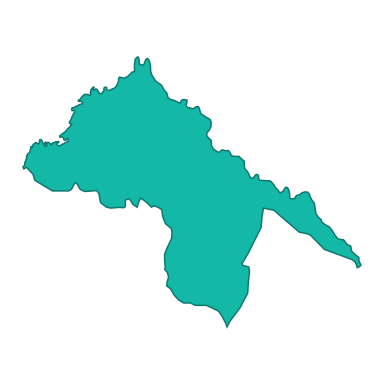 Tres Islas, Cerro Largo, Uruguay
{"feature_id": "84410073B15604045088045", "entity_name": "Tres Islas", "entity_type": "district", "adm_level": 2, "iso_a3": "URY", "parent_name": "Uruguay", "parent_adm1": "Cerro Largo", "projection": "robinson", "projection_center": [-54.84, -32.439], "detail": "fine", "context": "isolated", "style": "filled", "palette": "teal", "viewbox_px": 384, "rotation_deg": 0, "n_neighbors": 0, "source": "geoboundaries", "source_scale": "gbopen_adm2", "svg_char_len": 5732}
<svg xmlns="http://www.w3.org/2000/svg" viewBox="0 0 384 384"><path d="M164.8,269.4L167.3,272.5L168.6,277.0L167.3,281.2L166.7,286.0L170.6,288.8L174.2,295.2L178.5,299.8L183.6,303.0L190.6,303.0L195.0,305.3L206.5,305.4L211.5,307.7L218.5,311.2L221.4,315.1L225.7,323.1L227.0,326.9L230.1,321.0L240.0,307.8L247.7,293.1L248.2,284.4L249.5,271.2L248.7,266.9L245.6,266.2L242.7,265.2L242.1,263.5L248.4,252.9L261.0,227.7L261.9,218.2L263.4,208.1L274.0,210.3L281.0,216.5L299.3,232.2L306.4,233.5L310.4,235.1L324.4,249.4L352.3,259.7L355.0,261.9L356.3,264.5L357.3,267.7L359.0,267.0L361.0,265.1L359.0,261.2L358.8,257.5L354.2,253.7L351.5,251.1L350.8,246.1L347.2,244.5L343.6,239.8L341.1,239.6L337.6,238.7L335.1,235.3L331.7,229.8L329.0,226.7L325.0,224.6L321.9,222.2L321.1,219.7L318.3,217.2L315.9,213.6L314.4,203.3L312.2,200.5L310.7,197.9L309.4,194.1L307.8,192.2L305.0,191.9L302.1,192.7L299.4,194.8L296.7,195.4L295.6,196.5L294.8,198.5L291.7,199.0L289.6,197.7L289.6,193.0L288.4,189.1L287.4,187.6L285.9,187.2L284.5,188.5L283.6,190.7L281.1,192.6L279.5,192.5L277.9,190.0L275.8,188.0L273.8,184.7L271.3,181.8L269.6,180.8L265.6,180.7L259.5,180.2L258.9,179.2L258.6,177.3L258.3,175.2L257.0,174.4L256.1,174.6L255.2,175.3L254.3,176.6L253.7,177.8L251.7,178.3L250.6,177.9L249.1,174.8L247.5,171.7L244.6,168.3L244.3,164.6L244.2,161.2L241.4,158.8L238.7,156.2L237.3,156.5L232.5,156.1L230.9,154.8L229.7,151.9L228.3,150.6L225.3,150.6L222.1,149.8L219.0,152.4L217.0,151.6L213.3,148.8L211.6,146.0L211.1,140.2L208.8,138.4L206.6,135.4L207.0,132.8L209.4,129.9L210.9,126.8L211.2,122.3L210.1,119.5L205.6,116.8L200.7,113.6L199.3,108.3L198.1,106.5L196.3,106.7L193.0,108.8L187.7,107.4L185.9,105.7L186.6,103.3L187.1,100.2L185.1,99.8L183.1,99.6L181.5,100.3L180.3,102.9L178.6,102.6L175.1,100.8L170.1,99.2L168.0,97.6L166.8,93.0L164.1,89.9L161.3,85.0L155.8,81.2L152.0,75.4L150.6,70.9L150.5,65.1L149.0,60.0L147.5,58.5L145.9,59.3L143.7,64.9L141.5,65.0L139.2,63.8L139.2,59.9L138.3,57.1L137.0,57.2L135.3,59.1L134.4,64.5L134.5,71.7L132.2,72.0L127.8,76.4L123.9,78.3L119.6,77.1L119.0,77.8L118.5,79.2L118.6,80.1L118.5,81.1L117.6,83.5L116.1,86.6L114.6,88.0L111.9,89.1L110.0,90.1L109.0,90.4L108.5,90.4L107.8,90.3L107.3,90.1L106.8,89.5L106.6,88.8L106.7,87.8L106.4,87.5L105.8,87.1L105.3,87.2L104.6,87.5L104.1,87.9L103.9,88.3L103.8,88.7L104.1,90.4L102.6,92.1L102.1,93.2L101.7,93.5L101.2,93.7L100.6,93.7L100.1,93.6L99.5,93.2L98.2,91.3L97.7,90.9L97.5,90.2L96.9,89.4L96.5,89.1L96.1,89.0L95.7,89.0L95.2,89.2L93.8,90.2L93.4,90.1L93.2,89.9L93.0,89.5L93.0,89.1L93.3,88.7L93.4,88.3L94.0,87.8L94.1,87.6L94.0,87.3L93.7,87.1L93.4,87.1L93.0,87.3L92.7,87.7L92.4,88.0L90.9,89.7L90.8,90.2L90.8,91.0L90.7,91.6L90.4,92.3L90.3,92.6L90.7,94.1L90.8,94.6L90.6,94.9L90.2,95.1L89.7,95.3L89.3,95.3L88.7,94.9L88.2,94.5L87.2,94.4L86.6,94.6L85.8,94.3L84.1,94.6L81.2,97.6L80.2,99.2L78.6,100.1L78.4,100.5L78.2,100.8L78.3,101.0L78.7,101.3L79.6,101.4L80.8,101.3L81.2,101.4L82.5,102.5L82.7,102.9L82.6,103.1L82.3,103.6L81.9,103.9L80.1,104.4L76.7,106.1L76.5,106.4L76.3,106.5L75.7,106.4L75.4,106.7L75.2,107.1L74.8,107.4L73.5,107.7L72.9,107.6L72.4,107.6L72.2,107.8L71.7,108.8L71.7,110.0L71.9,110.5L72.2,110.7L73.1,110.5L73.9,110.6L74.3,110.9L74.6,111.5L74.6,112.1L74.4,112.7L73.4,113.9L72.4,116.2L71.8,117.0L71.4,118.8L69.5,122.0L69.4,122.3L69.5,123.2L69.8,123.5L70.9,123.8L71.6,123.8L71.8,124.1L71.7,124.4L71.4,124.8L70.3,125.9L69.7,127.2L68.5,128.0L66.9,129.7L65.5,131.5L64.0,132.7L62.3,133.8L59.8,135.9L59.6,136.3L59.6,136.7L59.8,137.0L60.6,137.2L61.3,137.0L61.8,136.9L62.3,137.0L63.0,137.4L63.7,138.0L63.7,139.6L64.1,139.9L64.6,140.1L65.1,140.2L65.6,140.2L66.0,140.0L66.3,139.8L67.2,138.3L67.4,138.2L67.5,138.2L67.7,138.4L68.0,138.8L68.3,139.6L68.3,140.3L67.6,141.8L67.3,142.0L66.6,142.0L65.9,142.4L65.3,142.6L64.8,142.8L63.8,143.7L62.3,144.2L61.4,144.8L60.8,145.3L60.2,145.5L59.3,145.6L58.4,145.6L57.7,145.4L57.3,145.1L57.0,144.6L56.9,144.1L57.0,143.4L57.2,143.2L57.7,142.9L58.3,142.7L58.6,142.4L58.8,142.2L58.8,141.8L58.5,141.6L58.2,141.5L57.2,141.7L56.1,141.6L55.7,141.7L55.3,142.0L54.4,142.6L54.0,142.7L53.2,142.7L52.6,142.9L52.3,143.1L51.7,144.0L51.7,144.8L51.5,145.0L51.3,145.0L51.0,144.9L50.7,144.7L50.4,144.0L49.7,143.2L48.4,142.4L48.0,142.3L47.5,142.5L47.3,142.6L47.2,143.0L46.7,143.4L46.4,143.4L46.1,143.1L45.9,142.8L45.9,142.3L45.7,142.2L45.3,142.2L45.0,142.4L44.9,142.7L44.8,143.2L44.9,143.5L45.3,143.7L46.8,145.3L46.8,145.7L46.7,146.0L45.8,146.2L45.2,146.3L44.7,146.1L44.4,145.9L44.4,145.5L44.4,144.7L43.7,144.0L42.9,143.1L42.4,141.8L42.3,141.3L41.8,140.6L41.0,139.7L40.6,139.5L40.2,139.5L39.9,139.7L39.6,140.2L39.6,140.7L39.7,141.1L39.7,141.4L39.3,142.0L39.0,143.4L38.8,143.7L38.6,143.8L38.3,143.9L37.8,143.7L37.2,143.4L36.5,142.8L36.1,142.7L35.7,142.7L35.3,142.8L34.7,143.2L34.2,143.7L33.3,144.3L33.0,144.9L32.8,145.6L32.8,146.0L33.0,146.5L33.0,146.8L32.9,147.0L32.7,147.0L31.2,146.7L30.8,146.7L30.7,146.8L30.6,147.0L30.9,148.6L30.1,149.9L30.0,151.5L29.8,152.0L28.7,153.2L28.0,153.7L27.5,154.3L26.6,156.1L26.5,156.4L26.4,157.0L26.5,157.2L26.7,157.6L26.9,158.1L26.3,158.9L26.0,159.6L25.8,160.4L25.5,161.2L25.1,161.8L24.8,162.6L24.7,163.4L24.9,164.7L24.6,165.3L23.6,166.3L23.2,166.5L23.0,166.9L23.1,167.5L23.3,168.0L23.9,168.9L26.5,167.3L28.9,169.8L33.1,174.4L34.8,180.3L52.4,190.9L68.8,190.9L71.0,189.7L72.6,187.4L74.2,184.0L75.4,182.8L77.3,184.1L79.6,188.7L81.9,190.4L85.0,191.5L96.6,190.6L98.9,193.4L99.5,197.4L100.6,202.6L106.1,207.0L110.6,208.1L118.9,207.4L123.9,207.7L125.3,206.5L125.4,200.1L128.6,198.8L130.4,200.2L132.8,204.3L137.1,207.2L138.7,201.8L140.8,198.1L143.1,199.7L147.4,203.1L151.5,207.2L153.6,205.9L157.9,207.1L161.8,209.7L162.7,216.5L165.4,223.6L171.3,228.6L172.0,232.1L171.7,238.2L166.6,249.0L164.6,254.3L164.6,259.7L165.2,267.0L164.8,269.4Z" fill="#14b8a6" stroke="#0f766e" stroke-width="1.5"/></svg>